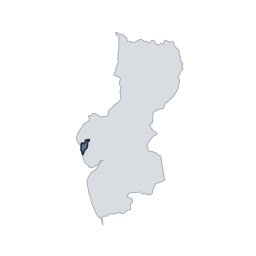 V-2 Mahaicony/Berbice, Mahaica-Berbice, Guyana (highlighted), rotated 209°
{"feature_id": "73187651B73006016371738", "entity_name": "V-2 Mahaicony/Berbice", "entity_type": "district", "adm_level": 2, "iso_a3": "GUY", "parent_name": "Guyana", "parent_adm1": "Mahaica-Berbice", "projection": "robinson", "projection_center": [-57.687, 6.279], "detail": "fine", "context": "in_parent", "style": "filled", "palette": "slate", "viewbox_px": 256, "rotation_deg": 209, "n_neighbors": 0, "source": "geoboundaries", "source_scale": "gbopen_adm2", "svg_char_len": 4989}
<svg xmlns="http://www.w3.org/2000/svg" viewBox="0 0 256 256"><g transform="rotate(209 128 128)"><path d="M85.9,119.4L81.0,113.1L76.0,106.9L71.1,100.7L70.8,99.9L72.9,97.0L74.7,94.9L76.2,93.7L76.9,92.6L76.4,88.1L76.4,86.5L75.7,84.7L75.2,82.7L75.8,81.1L76.6,79.9L77.5,79.5L79.8,79.1L81.4,78.9L82.0,78.3L82.9,77.5L84.1,77.4L86.5,78.0L87.6,77.0L89.6,75.6L94.0,73.3L95.1,71.8L95.8,69.4L95.7,68.3L95.2,67.9L94.1,67.5L92.4,67.5L91.1,68.1L89.7,67.7L88.5,66.3L88.4,65.1L89.1,63.4L88.7,62.3L86.5,58.7L86.5,57.7L88.2,56.1L89.1,54.7L90.3,51.5L91.3,50.4L94.4,50.0L95.2,49.3L96.8,47.6L99.1,45.6L102.5,44.0L103.5,41.1L104.1,40.4L106.8,38.9L107.3,38.1L107.2,37.3L102.9,30.9L103.8,31.4L107.1,35.6L109.0,36.5L109.3,36.5L109.4,35.4L111.1,35.8L115.5,38.7L121.9,43.5L130.9,52.4L133.5,55.8L135.2,57.4L137.9,61.3L138.7,63.2L138.6,70.8L136.2,76.0L135.7,79.9L135.5,85.0L134.1,88.0L136.0,86.3L136.5,81.7L138.1,78.9L140.1,75.8L142.9,75.0L145.8,76.4L148.1,76.6L150.2,77.5L154.6,82.5L158.9,86.4L160.5,89.5L165.1,91.1L167.8,93.6L168.7,95.7L169.2,101.3L168.3,109.8L168.6,110.2L167.3,111.9L167.1,112.9L166.3,114.8L165.7,115.8L166.6,118.2L167.6,118.3L168.0,118.6L168.3,119.0L168.2,119.5L167.8,120.0L166.8,120.6L165.9,121.9L166.0,123.4L165.4,124.2L163.5,124.6L159.8,124.6L158.0,124.7L156.5,124.9L155.6,125.9L154.4,126.6L153.4,126.7L152.6,127.9L151.7,129.4L152.0,130.5L152.9,132.0L153.4,133.5L152.7,135.9L152.0,137.7L151.6,139.2L151.0,141.9L149.5,144.9L148.5,146.6L148.5,148.4L149.0,151.1L151.9,154.9L152.9,156.8L153.7,159.7L156.3,162.0L158.0,163.9L157.8,166.4L158.0,167.1L159.1,167.8L160.3,168.2L161.7,168.2L162.9,168.0L163.2,167.6L166.0,167.6L166.4,168.2L166.5,171.8L166.6,173.2L167.3,173.8L167.7,174.7L167.7,175.5L167.9,177.5L168.3,178.5L168.2,180.7L168.5,181.4L169.3,182.0L170.3,183.5L170.7,183.7L170.9,184.2L171.7,186.4L172.1,187.0L172.4,187.1L172.6,187.9L173.2,189.9L173.6,190.4L174.4,191.9L174.7,193.5L175.8,195.4L176.8,196.7L177.3,198.0L178.7,200.9L180.0,203.0L181.8,203.6L183.3,203.8L184.3,204.6L185.2,205.5L184.2,205.9L183.3,206.4L182.1,206.0L180.4,206.2L178.6,206.8L176.9,207.1L173.8,206.2L172.9,206.1L172.2,205.7L171.0,203.8L170.3,203.6L168.7,204.5L166.7,205.1L165.7,204.9L164.6,205.6L163.5,206.4L161.4,210.0L160.4,211.2L159.3,211.8L157.0,211.8L154.6,211.9L152.7,212.8L151.0,213.2L150.2,213.3L149.9,215.2L149.5,216.1L149.0,216.7L147.7,216.8L146.5,216.7L145.8,215.9L144.4,215.5L143.2,215.2L142.5,214.8L141.8,214.9L141.3,215.7L140.9,216.4L140.6,217.7L138.8,218.1L138.0,218.8L138.4,221.2L138.2,222.2L137.8,222.9L135.7,223.0L133.8,223.0L132.7,223.9L131.4,224.9L130.6,225.1L129.7,225.0L128.4,223.8L127.2,222.4L124.1,221.3L121.1,220.5L119.1,218.1L118.6,217.0L117.6,216.5L115.3,213.7L114.0,211.9L112.5,211.4L110.9,210.7L111.0,209.4L110.9,208.1L110.2,207.6L109.2,207.3L108.8,206.6L108.9,205.0L109.1,200.8L108.8,196.7L106.7,195.3L105.7,194.4L104.1,188.4L103.3,185.7L103.2,183.8L103.8,177.8L104.4,175.2L106.1,170.1L107.1,168.3L107.1,167.0L107.0,165.3L106.6,162.0L109.4,159.9L110.6,159.1L110.9,157.7L112.4,155.9L113.1,154.2L113.6,152.9L113.5,152.2L112.8,151.8L112.0,150.5L110.4,146.9L109.8,146.2L109.3,145.1L109.5,143.5L110.2,141.8L110.1,141.1L109.1,140.1L107.1,138.6L105.4,138.4L104.0,137.9L102.1,137.8L100.6,137.6L99.7,137.0L99.9,136.1L100.3,135.3L101.6,133.5L102.4,131.6L102.6,129.7L102.8,127.1L103.2,125.0L103.4,122.5L101.4,120.9L100.7,119.6L99.9,118.4L99.0,118.4L97.6,117.9L95.4,119.4L93.7,119.2L92.5,119.7L89.8,119.6L88.0,118.9L85.9,119.4Z" fill="#d9dde1" stroke="#a8b0b8" stroke-width="1"/><path d="M156.7,98.3L156.5,98.1L156.5,97.8L156.6,97.6L156.7,97.4L156.8,97.2L157.0,97.1L157.5,97.2L157.6,97.4L157.8,97.6L157.9,97.8L158.1,97.9L158.3,97.9L158.5,97.7L158.7,97.4L158.8,97.2L159.0,97.0L159.1,96.7L159.2,96.2L159.2,95.9L159.1,95.6L159.0,95.4L158.8,95.3L158.7,95.1L158.7,94.8L158.7,94.5L158.7,94.3L158.6,94.0L158.6,93.8L158.6,93.5L158.6,93.2L158.9,92.9L159.1,92.8L159.3,92.8L159.5,92.8L159.8,92.8L160.1,92.8L160.3,92.8L160.6,92.8L160.8,92.8L160.9,92.6L161.1,92.4L161.1,92.2L161.1,91.8L161.0,91.6L161.0,91.4L160.9,91.1L161.0,91.0L160.7,90.9L160.5,90.4L160.3,90.1L160.1,89.8L160.0,89.5L159.9,89.1L159.9,88.9L159.3,87.8L158.8,87.0L158.7,86.7L158.4,86.3L158.4,86.2L158.2,85.8L158.0,85.6L157.3,85.1L157.0,84.9L156.4,84.3L155.9,84.0L155.8,83.9L155.2,83.1L154.9,82.8L154.7,82.7L154.6,82.8L154.7,83.1L154.6,83.5L154.6,83.8L154.6,84.2L154.6,84.4L154.6,84.7L154.7,85.0L154.8,85.3L154.9,85.6L155.0,85.8L155.0,86.1L155.0,86.5L155.0,86.8L154.9,87.0L155.0,87.4L155.0,87.7L155.0,88.0L154.9,88.6L154.8,88.8L154.7,89.1L154.6,89.5L154.5,89.8L154.4,90.3L154.4,90.6L154.4,91.0L154.4,91.4L154.5,91.7L154.6,91.9L154.7,92.1L154.7,92.4L154.8,92.6L154.9,92.9L155.0,93.2L155.1,93.4L155.2,93.7L155.4,94.1L155.5,94.3L155.7,94.5L155.8,94.6L156.0,94.9L156.1,95.1L156.2,95.3L156.2,95.6L156.2,95.8L156.2,96.2L156.1,96.5L156.1,96.8L156.0,97.1L156.0,97.3L156.0,97.6L156.0,97.8L155.8,98.1L155.8,98.4L155.9,98.6L156.0,98.8L156.2,99.0L156.4,99.1L156.6,99.0L156.7,98.8L156.7,98.5L156.7,98.3Z" fill="#64748b" stroke="#1e293b" stroke-width="1.5"/></g></svg>